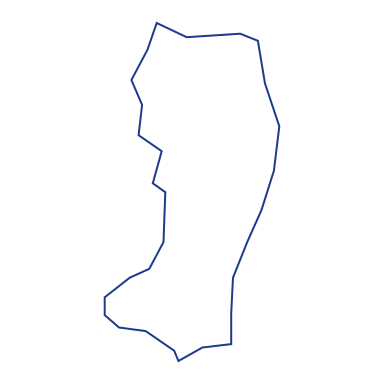 Bromölla, Skåne, Sweden
{"feature_id": "70781695B19839460749296", "entity_name": "Bromölla", "entity_type": "district", "adm_level": 2, "iso_a3": "SWE", "parent_name": "Sweden", "parent_adm1": "Skåne", "projection": "mercator", "projection_center": [14.508, 56.147], "detail": "fine", "context": "isolated", "style": "outline", "palette": "blue", "viewbox_px": 384, "rotation_deg": 0, "n_neighbors": 0, "source": "geoboundaries", "source_scale": "gbopen_adm2", "svg_char_len": 491}
<svg xmlns="http://www.w3.org/2000/svg" viewBox="0 0 384 384"><path d="M178.4,361.0L202.4,347.5L231.2,344.1L231.2,313.3L233.0,277.7L247.2,242.1L261.5,210.0L273.9,170.8L279.3,126.3L265.0,83.5L264.5,80.6L257.9,40.8L240.1,33.7L186.7,37.2L156.7,23.0L147.5,49.7L131.4,80.0L142.1,104.9L138.6,135.2L161.7,151.2L152.8,183.3L165.3,192.2L163.5,242.1L149.3,268.8L129.7,277.7L104.7,297.3L104.7,315.1L119.0,327.5L145.7,331.1L174.2,350.7L178.4,361.0Z" fill="none" stroke="#1e3a8a" stroke-width="2"/></svg>